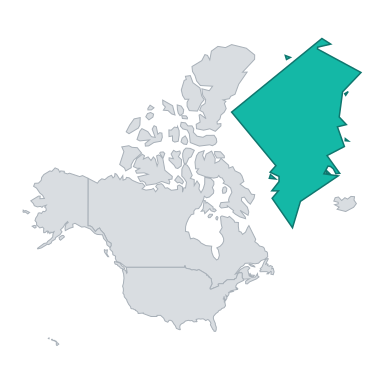 Greenland highlighted, Mercator projection
{"feature_id": "GRL", "entity_name": "Greenland", "entity_type": "country or territory", "adm_level": 0, "iso_a3": "GRL", "parent_name": "North America", "parent_adm1": "", "projection": "mercator", "projection_center": [-41.68, 71.708], "detail": "coarse", "context": "with_neighbors", "style": "filled", "palette": "teal", "viewbox_px": 384, "rotation_deg": 0, "n_neighbors": 3, "source": "natural_earth", "source_scale": "50m", "svg_char_len": 12767}
<svg xmlns="http://www.w3.org/2000/svg" viewBox="0 0 384 384"><path d="M126.2,267.3L120.3,262.7L116.5,261.3L115.3,258.3L115.6,256.2L112.9,254.7L112.6,251.9L110.0,249.3L110.0,247.4L111.1,245.7L111.1,243.3L107.5,240.9L104.0,233.6L100.7,230.1L99.6,228.0L97.4,229.3L95.4,231.6L92.1,227.1L90.0,225.9L87.9,225.8L88.0,178.3L97.4,183.2L99.2,180.7L101.8,178.8L104.9,179.6L108.1,176.9L111.5,175.3L113.0,177.9L114.6,176.5L115.0,173.5L116.5,174.2L120.0,179.7L122.8,175.6L123.1,180.2L125.7,179.2L126.5,177.4L129.1,177.8L132.3,180.3L137.2,182.5L140.1,183.5L142.2,183.1L145.0,186.1L142.1,188.9L145.9,190.1L151.6,189.4L153.4,188.4L155.6,191.8L157.9,188.9L155.7,186.6L157.1,184.6L161.4,183.7L163.1,185.1L165.2,188.2L167.5,187.8L171.3,190.3L177.6,189.5L177.4,186.0L179.2,185.0L182.5,187.0L182.5,192.2L183.8,187.8L185.5,188.0L186.5,182.2L184.2,178.5L181.8,176.0L181.9,169.0L184.4,164.1L187.2,165.2L189.3,168.2L192.2,175.4L190.3,178.4L194.2,179.6L194.2,185.6L197.0,181.0L199.6,184.8L198.9,189.0L201.0,192.7L203.2,188.8L204.7,183.8L204.8,177.3L210.9,178.6L213.8,181.6L213.9,184.5L212.3,187.6L213.8,190.6L213.5,193.2L209.4,197.0L206.5,197.8L204.3,196.2L203.7,198.8L201.0,205.3L198.6,208.6L195.6,208.9L193.9,210.9L193.8,214.0L191.3,214.6L188.7,218.3L186.5,223.2L185.6,226.6L185.5,231.4L188.6,232.1L190.5,238.8L193.5,238.1L197.4,239.7L199.5,241.2L201.0,243.0L205.9,245.6L211.7,246.2L211.3,249.3L212.0,252.9L213.5,256.8L216.6,260.0L218.3,258.9L219.4,255.4L218.3,249.8L216.8,247.9L220.2,246.2L222.6,243.6L223.7,241.0L223.6,238.4L222.1,235.0L219.6,232.0L222.1,227.7L221.2,223.8L220.5,216.9L221.9,215.9L227.7,217.6L229.4,216.4L234.0,220.5L234.6,222.2L238.4,222.5L238.3,226.1L239.0,231.4L241.0,232.0L242.5,234.4L245.5,232.2L247.6,227.6L248.9,225.6L255.7,239.3L254.8,241.7L257.6,243.8L259.5,246.0L262.9,246.9L264.2,248.1L265.1,251.1L266.7,251.6L267.5,252.9L267.7,256.8L264.7,259.3L261.2,260.5L258.5,263.2L255.0,263.8L250.5,263.1L245.1,263.3L243.4,265.6L240.7,267.1L235.2,274.1L237.0,273.6L240.4,269.5L244.8,266.9L248.0,266.5L249.8,268.1L247.8,270.2L249.2,275.9L251.9,277.4L255.4,277.0L257.5,273.6L257.7,275.8L259.0,276.9L256.4,278.9L249.7,281.8L247.3,283.9L245.7,283.7L245.6,281.2L249.3,278.8L243.6,279.2L242.2,277.6L242.2,273.4L241.3,272.5L239.8,273.0L239.1,272.2L237.5,274.5L236.1,278.3L234.6,278.9L234.4,279.6L227.3,279.7L223.8,282.6L223.2,283.7L219.2,283.7L218.2,284.2L218.7,285.9L215.9,287.3L213.8,287.8L211.3,289.3L209.8,288.4L212.0,283.9L211.1,278.6L208.9,277.2L209.1,276.7L208.3,276.3L207.7,275.1L206.8,275.3L206.9,275.0L206.4,274.7L206.2,273.9L198.8,269.5L196.9,270.4L193.6,269.6L191.9,270.0L189.9,269.0L186.3,268.3L185.6,267.8L185.2,266.0L184.5,266.1L184.5,267.3L126.2,267.3ZM208.0,216.3L209.6,214.2L212.5,214.3L212.5,215.1L210.0,217.7L208.5,217.6L208.0,216.3ZM216.9,158.0L214.6,154.2L214.7,151.5L220.5,151.8L224.2,155.8L224.4,157.8L216.9,158.0ZM215.8,218.0L216.6,216.6L217.5,216.7L218.0,217.7L217.2,220.0L216.3,219.6L215.8,218.0ZM187.8,141.4L186.6,144.5L183.6,144.0L181.0,141.9L182.1,138.2L185.2,135.9L187.0,138.8L187.8,141.4ZM187.3,118.9L182.4,118.5L181.8,115.7L186.1,115.9L187.5,117.7L187.3,118.9ZM181.2,106.1L183.7,109.8L183.1,113.5L180.0,115.6L178.3,113.2L177.4,109.3L177.2,104.9L181.2,106.1ZM199.3,146.1L190.3,142.6L189.3,133.9L187.2,130.0L182.8,128.9L180.4,126.1L181.2,122.3L185.5,122.9L187.9,125.9L192.0,125.9L193.8,128.9L193.3,132.2L197.1,136.2L203.0,137.3L206.4,135.4L214.1,135.3L216.3,138.5L216.8,141.9L215.5,144.0L212.4,145.7L209.7,144.8L199.3,146.1ZM150.6,112.5L153.6,114.1L152.9,117.1L148.9,119.9L145.8,116.8L147.5,113.6L150.6,112.5ZM150.1,105.2L154.0,107.8L151.4,109.9L147.9,109.9L147.9,108.4L150.1,105.2ZM268.3,258.8L265.4,264.7L266.7,263.6L268.1,264.3L267.4,265.4L269.3,266.3L270.2,265.5L272.4,266.5L271.7,268.8L273.2,268.3L274.1,271.9L273.2,274.7L270.9,274.2L271.3,271.6L270.7,271.3L268.3,273.9L267.0,273.8L268.5,272.4L266.5,271.6L260.2,271.7L259.8,270.8L261.1,269.7L260.2,268.8L262.0,266.9L264.2,261.7L265.5,259.8L267.3,258.6L268.3,258.8ZM207.1,202.3L213.0,206.9L213.2,209.2L214.7,208.8L216.2,210.4L214.4,211.9L211.1,210.8L209.9,208.6L204.8,213.6L204.1,210.8L201.2,211.3L203.1,208.9L204.1,200.5L205.6,200.9L206.0,203.1L207.1,202.3ZM219.1,161.2L221.0,158.4L228.6,165.2L228.9,168.1L232.8,166.6L235.0,170.8L240.1,173.3L241.9,175.8L243.9,181.5L240.1,184.2L245.0,187.9L248.4,189.2L251.4,194.2L254.7,194.6L254.0,198.3L250.3,204.2L247.8,202.0L244.4,197.1L241.7,197.7L241.4,200.7L247.4,207.2L248.8,212.0L248.0,215.3L240.1,210.3L245.3,217.1L245.6,218.7L239.9,216.9L235.4,214.2L232.8,212.0L233.6,210.6L227.3,205.8L227.4,207.2L221.3,208.0L219.5,206.3L220.9,202.6L229.2,201.9L228.5,200.1L229.2,197.5L231.9,192.3L230.6,187.9L227.3,185.2L223.1,183.2L224.4,181.7L222.2,178.0L220.3,177.6L218.7,175.5L217.5,177.3L213.7,178.1L206.0,176.8L198.2,174.0L196.4,171.8L198.6,168.8L195.6,168.8L195.0,162.0L196.6,155.6L198.7,152.6L204.2,150.7L202.6,155.4L204.3,159.9L206.2,154.1L211.6,151.1L215.2,158.6L214.9,163.2L219.1,161.2ZM185.9,148.1L190.3,148.4L194.3,150.3L191.2,156.8L188.7,158.2L186.4,163.4L184.0,163.2L182.7,157.0L182.7,153.4L183.8,150.2L185.9,148.1ZM126.2,131.8L129.7,125.1L134.1,118.9L140.2,117.6L139.9,125.0L138.3,128.1L129.0,133.7L126.2,131.8ZM105.4,250.2L107.4,249.9L106.8,253.9L108.6,256.7L107.8,256.7L104.7,252.4L104.3,250.9L104.4,249.7L105.4,250.2ZM162.7,100.1L172.6,105.7L175.0,115.0L171.6,113.9L168.1,110.6L163.4,110.2L165.4,107.0L162.9,104.4L162.7,100.1ZM124.8,268.9L123.7,269.3L120.3,267.9L119.6,266.7L117.7,265.6L117.4,264.7L115.2,264.1L114.4,262.3L114.6,261.5L120.0,263.1L121.8,265.8L123.9,267.1L124.8,268.9ZM128.9,145.7L131.9,147.3L137.3,147.7L141.6,153.1L133.8,160.0L131.2,164.8L131.2,167.7L125.7,170.9L124.5,168.0L119.7,164.5L123.9,151.6L121.8,146.9L128.9,145.7ZM157.8,134.2L159.7,132.7L161.9,133.1L162.3,137.3L161.0,141.2L153.9,142.5L148.6,145.9L145.4,146.1L145.1,143.5L149.5,139.9L139.9,140.9L137.0,139.5L139.9,131.1L141.9,128.6L147.8,131.6L151.5,136.7L155.2,137.4L152.2,129.1L154.1,125.7L156.3,126.8L157.8,134.2ZM160.6,156.0L162.9,158.9L164.9,170.3L172.3,176.4L172.0,179.1L168.6,179.6L169.9,181.9L169.2,184.0L161.8,181.5L155.4,183.9L146.3,185.3L145.1,182.5L142.2,180.9L140.4,181.6L137.8,176.8L148.2,174.3L144.1,172.8L136.6,173.2L135.5,170.8L140.4,168.2L137.1,168.3L133.4,166.6L136.7,158.7L142.3,154.3L144.5,155.7L143.4,159.1L148.1,156.9L151.0,160.5L153.4,156.9L155.3,159.2L157.1,166.0L158.1,163.1L156.6,155.9L158.5,154.9L160.6,156.0ZM173.4,158.7L171.1,154.0L173.6,150.3L176.1,151.9L179.8,151.0L180.4,153.1L178.4,156.7L181.6,159.7L181.2,165.9L177.8,168.5L175.7,167.9L174.3,165.4L169.0,160.1L169.1,157.8L173.4,158.7ZM160.4,152.2L163.2,151.9L164.8,153.5L163.0,158.3L159.7,153.2L160.4,152.2ZM177.5,126.4L179.1,130.6L179.2,135.1L178.2,141.3L174.7,142.1L172.5,140.8L172.5,135.9L169.0,136.6L168.9,129.9L171.2,130.2L174.4,127.1L177.3,127.6L177.5,126.4ZM181.3,90.0L184.2,80.4L186.3,79.5L185.4,76.3L190.3,75.6L193.0,82.8L200.0,88.0L201.7,96.0L204.2,99.7L201.3,103.1L197.4,111.1L189.3,110.6L187.1,106.2L187.1,102.2L188.8,99.2L184.9,99.3L182.6,95.5L181.3,90.0ZM192.0,66.5L201.8,60.6L204.9,54.6L207.5,55.4L209.8,59.9L211.4,51.1L217.9,46.4L225.5,47.6L231.6,44.6L246.3,48.2L254.7,55.0L254.6,59.3L242.5,72.2L247.1,72.1L238.7,84.2L235.0,94.3L230.7,96.3L229.4,98.7L223.0,99.9L225.9,101.3L224.4,103.3L226.2,108.6L224.2,112.2L220.9,115.1L219.9,119.0L217.0,121.8L217.3,124.0L220.9,123.6L220.9,125.9L215.3,131.3L209.8,128.8L203.6,130.2L196.5,128.7L196.2,124.3L200.1,122.1L199.1,115.1L200.3,114.4L206.0,118.7L203.1,112.2L199.7,110.3L201.4,106.1L205.1,103.5L205.7,99.6L202.7,95.1L201.9,88.8L209.3,90.7L212.6,86.2L200.4,85.5L196.7,81.1L195.0,75.6L192.5,71.5L192.0,66.5ZM226.5,191.4L225.2,193.0L222.8,193.3L222.3,190.6L223.2,187.5L225.1,186.7L226.8,188.3L226.5,191.4ZM182.2,179.7L183.5,181.9L182.2,184.0L179.3,182.2L177.6,182.9L174.7,180.2L178.1,175.7L182.2,179.7ZM249.1,264.5L249.8,264.2L252.6,265.0L254.7,266.4L254.8,267.0L251.0,266.0L249.1,264.5ZM250.1,273.5L250.9,275.0L254.4,275.3L253.3,276.6L252.5,276.7L249.9,275.5L249.3,274.4L250.1,273.5Z" fill="#d9dde1" stroke="#a8b0b8" stroke-width="1"/><path d="M126.2,267.3L184.5,267.3L184.5,266.1L185.2,266.0L185.6,267.8L186.3,268.3L189.9,269.0L191.9,270.0L193.6,269.6L196.9,270.4L198.8,269.5L206.2,273.9L206.4,274.7L206.9,275.0L206.8,275.3L207.7,275.1L208.3,276.3L209.1,276.7L208.9,277.2L211.1,278.6L212.0,283.9L209.9,288.1L210.1,288.9L210.8,289.3L218.7,285.9L218.2,284.2L219.2,283.7L223.2,283.7L223.8,282.6L227.3,279.7L234.4,279.6L234.6,278.9L236.1,278.3L237.5,274.5L239.1,272.2L239.8,273.0L241.3,272.5L242.2,273.4L242.2,277.6L243.9,280.2L237.3,283.5L235.8,285.9L235.8,287.4L236.5,288.9L237.4,289.0L237.1,288.0L237.8,288.6L237.6,289.4L231.5,290.6L229.7,291.4L232.8,290.9L233.4,291.4L230.5,292.2L229.1,292.2L229.2,291.9L228.6,292.7L229.2,292.8L228.7,294.8L227.2,296.9L227.0,296.2L225.9,295.3L226.3,296.8L226.8,297.3L226.9,298.3L225.0,301.5L225.5,299.6L224.4,298.5L224.2,296.3L223.7,297.5L224.2,299.2L222.8,298.7L224.3,299.6L224.3,302.1L224.9,302.3L225.5,305.8L224.1,307.7L221.9,308.5L220.6,310.0L219.5,310.2L218.4,311.1L218.1,311.9L215.8,313.6L213.6,316.2L213.3,318.0L213.7,319.7L215.3,323.4L215.3,324.5L216.3,327.2L216.2,329.7L215.7,331.2L215.0,331.4L214.0,331.2L213.7,330.1L212.9,329.6L210.4,324.8L210.9,323.3L210.3,321.9L208.6,319.9L207.8,319.5L205.7,320.6L204.3,319.4L203.0,318.8L200.6,319.1L198.7,318.8L196.2,319.4L196.6,320.0L196.6,321.0L197.0,321.5L196.6,321.8L195.9,321.4L195.1,321.9L193.5,321.8L192.0,320.5L190.1,320.8L188.6,320.3L185.5,321.0L183.6,322.8L181.5,323.8L180.3,325.0L179.9,326.0L179.8,327.7L180.3,329.6L179.5,329.7L176.4,328.4L175.3,325.7L174.1,324.3L172.3,321.3L170.8,320.3L169.1,320.3L167.8,322.2L166.0,321.5L164.9,320.8L163.7,318.2L160.6,315.4L157.0,315.4L156.9,316.5L151.1,316.5L143.1,313.5L143.3,313.0L138.2,313.5L137.9,312.2L136.5,310.8L135.5,310.5L135.3,309.7L134.1,309.6L133.4,308.9L131.4,308.7L130.9,308.3L130.6,306.8L128.6,304.2L126.8,300.6L126.9,300.0L124.3,296.8L124.0,294.6L122.9,293.1L123.4,290.8L123.3,288.4L122.6,286.2L123.4,283.5L124.0,278.1L123.6,274.0L122.3,269.9L122.6,269.3L125.6,270.3L126.7,273.3L127.2,272.5L126.2,267.3ZM88.0,178.3L87.9,225.8L90.0,225.9L92.1,227.1L95.4,231.6L97.4,229.3L99.6,228.0L100.7,230.1L104.0,233.6L107.5,240.9L111.1,243.3L111.1,245.7L110.0,247.4L107.0,244.9L106.4,241.6L103.6,238.5L102.5,234.8L97.1,234.4L94.7,233.3L90.3,229.0L84.6,226.7L81.7,227.1L75.0,223.3L72.7,224.2L73.1,227.2L69.5,228.3L65.3,230.6L65.0,228.1L66.0,224.0L68.2,222.6L67.6,221.5L65.0,224.0L63.5,226.8L60.5,229.8L62.0,231.8L60.0,234.7L55.7,237.5L55.1,239.3L51.9,241.2L51.2,243.0L48.7,244.6L47.3,244.3L41.4,247.9L37.8,248.9L37.5,248.3L44.1,243.4L46.7,243.0L47.7,241.4L50.7,239.1L52.7,237.0L53.0,233.9L54.1,231.6L51.7,232.8L51.0,232.1L49.9,233.6L48.5,231.5L47.9,233.0L47.1,230.9L45.0,232.6L43.7,232.6L43.6,230.1L43.9,228.6L42.6,227.1L39.8,227.9L36.6,224.9L36.6,222.5L35.0,220.6L35.8,218.0L37.5,215.5L38.3,213.1L40.0,212.8L41.4,213.5L43.1,211.3L44.7,211.7L46.3,210.2L45.9,208.0L44.7,207.1L46.2,205.2L42.7,206.4L42.1,207.4L40.4,206.4L37.4,206.9L34.3,205.7L33.5,203.7L30.8,200.8L38.5,196.1L40.2,196.1L39.9,198.7L44.4,198.5L42.6,195.2L40.0,193.2L36.5,188.1L33.6,186.3L34.8,183.3L38.5,183.1L41.2,180.4L41.7,177.4L43.9,174.5L49.9,170.9L51.8,171.4L55.1,167.9L58.3,169.3L59.8,172.2L60.7,170.9L64.3,171.3L64.2,172.8L67.4,173.9L69.5,173.2L79.7,176.6L82.5,175.6L88.0,178.3ZM23.2,210.1L24.5,211.0L25.8,210.5L29.6,212.4L27.8,213.9L25.4,212.1L23.5,212.3L23.0,211.9L23.2,210.1ZM57.6,342.9L58.8,344.1L57.0,345.5L56.4,345.1L56.2,343.7L56.6,343.1L56.6,342.4L57.6,342.9ZM56.3,341.3L55.4,341.8L54.8,341.0L55.0,340.8L56.3,341.3ZM54.7,340.4L54.7,340.6L53.5,340.6L53.7,340.3L54.7,340.4ZM52.0,339.2L52.8,340.1L52.7,340.2L51.8,340.1L51.5,339.5L52.0,339.2ZM49.2,338.0L49.0,338.8L48.3,338.4L48.7,338.0L49.2,338.0ZM34.3,225.4L35.9,225.8L36.1,227.4L34.8,228.1L32.2,226.2L34.3,225.4ZM62.2,235.4L63.6,235.6L64.4,236.9L60.5,240.2L59.4,239.2L59.1,237.4L62.2,235.4Z" fill="#d9dde1" stroke="#a8b0b8" stroke-width="1"/><path d="M354.5,196.7L354.0,200.1L356.4,203.6L353.6,207.3L345.7,211.5L337.1,209.3L339.1,207.1L334.6,204.7L338.3,203.8L338.2,202.3L333.8,201.1L335.2,197.7L338.4,197.0L341.7,200.5L344.9,197.7L347.5,199.1L351.0,196.4L354.5,196.7Z" fill="#d9dde1" stroke="#a8b0b8" stroke-width="1"/><path d="M321.9,38.5L330.7,44.1L317.6,47.2L317.5,49.0L361.0,72.5L342.6,91.8L339.2,117.0L346.4,124.6L337.4,126.8L344.4,146.5L327.0,155.6L339.7,173.3L335.9,173.7L333.3,168.8L330.5,166.5L328.0,166.1L323.8,173.8L338.2,175.9L300.4,201.4L292.5,227.8L272.1,198.3L278.4,190.9L271.8,190.8L279.0,181.6L279.0,176.4L270.1,172.2L275.9,165.7L231.6,112.1L321.9,38.5ZM270.5,174.6L275.7,179.0L269.3,178.3L270.5,174.6ZM326.8,170.8L329.8,173.7L326.0,173.5L326.8,170.8ZM290.4,57.4L286.5,59.5L285.3,55.5L290.4,57.4ZM348.2,91.6L345.7,95.3L344.7,93.7L348.2,91.6ZM345.3,138.6L348.4,141.0L345.2,140.7L345.3,138.6Z" fill="#14b8a6" stroke="#0f766e" stroke-width="1.5"/></svg>